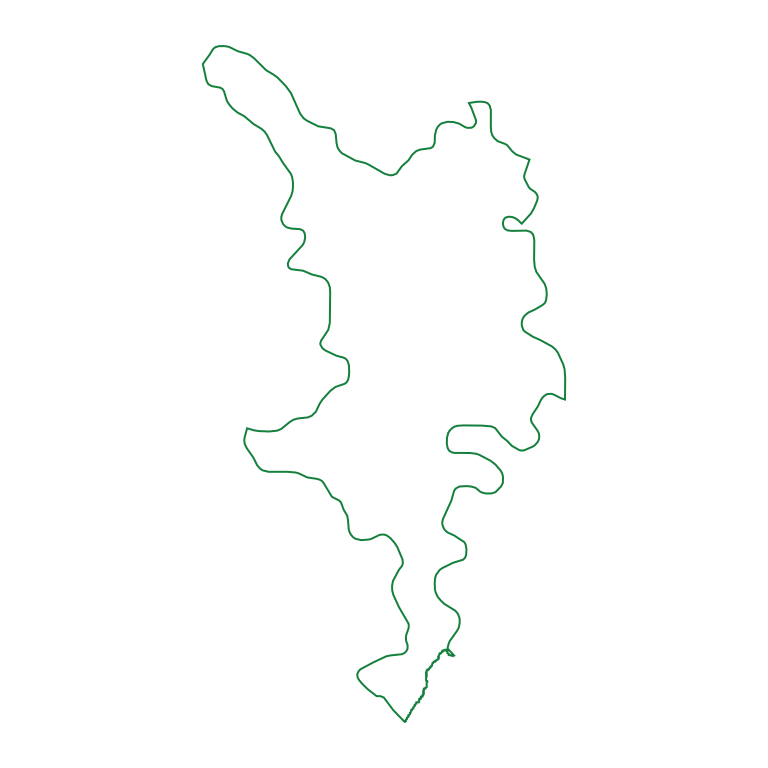 San Cristóbal, San Cristóbal, Dominican Republic (Robinson projection)
{"feature_id": "3306468B49798152350174", "entity_name": "San Cristóbal", "entity_type": "district", "adm_level": 2, "iso_a3": "DOM", "parent_name": "Dominican Republic", "parent_adm1": "San Cristóbal", "projection": "robinson", "projection_center": [-70.119, 18.417], "detail": "fine", "context": "isolated", "style": "outline", "palette": "green", "viewbox_px": 768, "rotation_deg": 0, "n_neighbors": 0, "source": "geoboundaries", "source_scale": "gbopen_adm2", "svg_char_len": 6105}
<svg xmlns="http://www.w3.org/2000/svg" viewBox="0 0 768 768"><path d="M544.6,283.8L536.4,272.0L534.7,266.8L534.1,259.3L534.3,240.6L533.9,237.2L532.8,234.1L530.6,231.9L526.3,230.6L511.9,230.9L507.5,230.4L505.0,228.9L503.9,227.5L503.3,226.0L502.9,222.9L503.7,219.7L504.8,218.3L506.2,217.3L509.1,216.7L512.2,217.0L515.2,218.2L518.0,220.1L521.7,223.7L530.9,213.6L533.9,208.4L537.1,200.8L537.7,198.3L537.5,195.7L536.3,193.5L534.6,191.7L530.5,189.0L528.8,187.2L524.6,179.1L524.1,176.5L524.6,174.0L529.5,159.6L516.3,154.6L512.4,151.5L507.2,145.2L504.8,143.8L497.7,141.2L494.0,137.9L492.2,135.0L491.2,131.6L490.8,126.2L490.9,110.2L489.7,105.6L487.6,103.2L484.8,102.1L481.7,101.7L476.8,101.8L468.9,103.0L471.2,107.4L476.1,120.4L475.9,123.1L473.8,126.4L471.6,127.7L467.5,127.9L465.0,127.1L459.3,123.7L453.7,122.1L447.7,121.8L441.9,123.2L439.6,124.8L437.7,127.0L436.3,129.5L434.9,135.3L434.7,142.8L433.0,146.6L430.8,148.1L420.1,149.6L416.2,151.1L412.1,154.8L408.5,160.3L401.8,166.3L396.5,173.6L392.9,175.1L390.1,175.3L384.7,173.8L367.7,164.1L365.1,163.0L355.2,160.5L341.7,153.1L338.9,149.9L337.5,147.3L336.5,142.8L335.7,134.0L334.1,130.2L330.7,128.3L318.2,126.3L307.0,120.7L303.5,118.2L300.1,113.6L290.9,93.0L285.9,86.2L277.7,77.7L273.8,74.8L266.1,70.2L254.2,58.4L250.3,55.4L247.6,54.0L237.8,51.2L229.1,46.9L224.8,46.1L219.0,46.1L215.1,47.3L213.1,49.1L209.4,55.0L202.8,64.0L206.5,80.8L208.4,84.3L211.7,86.1L220.4,87.7L222.6,89.1L224.0,91.3L226.9,100.9L229.5,104.9L232.7,108.6L237.6,112.6L244.1,116.1L253.8,124.2L261.3,128.7L264.5,131.5L267.0,135.0L275.1,151.6L279.0,156.3L282.5,162.2L290.9,173.9L292.1,176.9L292.9,181.8L293.0,186.7L292.5,191.6L291.1,196.0L282.1,214.1L281.3,217.0L281.4,220.1L283.2,224.2L285.1,226.2L287.4,227.6L291.6,228.6L299.7,229.1L302.1,230.0L303.2,230.8L304.7,233.3L305.2,237.7L304.2,242.2L302.6,245.1L289.4,259.5L287.8,263.6L288.2,266.4L288.9,267.7L291.1,269.2L303.1,270.7L312.0,274.5L321.7,276.9L325.4,279.1L328.1,282.5L329.8,287.1L330.2,292.3L329.8,323.0L328.3,329.8L321.0,340.8L320.3,343.6L320.5,344.9L322.5,348.3L325.6,350.6L336.6,355.8L343.2,357.5L345.5,358.6L347.5,360.8L348.9,365.2L349.2,371.8L348.8,376.8L348.1,379.8L346.6,382.4L344.4,383.9L335.5,386.9L330.4,390.8L322.4,399.6L319.7,403.7L315.8,411.8L311.8,415.7L307.9,417.4L297.7,418.5L293.5,419.7L289.6,422.1L281.2,429.0L276.9,430.7L268.9,431.5L259.1,431.1L254.3,430.4L247.1,428.3L244.5,437.9L244.3,441.0L244.8,444.1L246.9,448.4L253.3,457.5L257.3,465.5L260.2,468.7L262.5,470.3L268.5,471.8L287.7,471.8L295.5,472.5L298.5,473.3L307.3,477.4L317.1,478.9L319.7,479.7L322.0,481.0L323.7,483.1L331.9,496.8L339.3,500.6L341.0,502.4L343.6,509.6L347.2,515.7L348.0,519.9L348.7,529.1L349.6,532.2L351.0,534.8L352.9,537.0L355.3,538.7L361.0,540.1L368.5,539.6L371.3,538.9L379.7,534.8L383.9,534.5L386.7,535.4L390.4,538.1L394.7,543.0L397.3,547.1L402.4,559.1L402.9,563.1L402.2,565.6L398.8,570.0L393.0,580.9L392.1,585.6L392.2,590.4L393.4,595.0L399.0,607.2L408.7,623.9L408.7,627.9L406.2,635.1L405.9,637.9L406.1,640.7L407.6,645.2L407.5,648.9L406.3,651.2L404.5,653.0L402.1,654.2L390.6,655.4L386.3,656.3L373.5,662.3L360.4,669.3L358.7,671.2L357.5,673.5L357.2,674.9L357.8,677.8L359.2,680.2L362.0,683.6L367.6,689.1L376.6,696.1L380.3,696.1L383.8,697.5L393.3,710.2L404.7,721.9L405.3,721.6L405.3,720.9L405.9,720.9L405.9,719.6L407.0,719.0L407.0,717.6L408.2,717.0L408.2,715.6L408.8,715.6L408.8,715.0L409.9,714.3L409.9,713.0L410.5,713.0L411.1,710.3L411.7,710.3L411.7,709.6L412.2,709.6L412.8,708.3L413.4,708.3L413.4,707.0L414.6,706.3L414.6,705.0L415.1,705.0L415.1,704.3L416.3,703.7L416.3,702.3L418.6,702.3L418.6,701.7L419.2,701.7L419.2,699.0L420.3,699.0L420.3,698.3L420.9,698.3L420.9,697.0L421.5,697.0L421.5,696.4L422.6,696.4L422.6,695.0L423.2,695.0L423.2,693.7L423.8,693.7L423.8,692.4L423.2,692.4L423.2,691.0L423.8,691.0L423.8,689.0L424.4,689.0L424.4,688.4L425.5,688.4L425.5,687.7L426.7,687.0L426.7,681.7L427.3,681.7L427.3,681.1L426.1,680.4L426.1,676.4L426.7,676.4L426.7,675.7L426.1,675.7L426.1,674.4L426.7,674.4L426.7,673.1L426.1,673.1L426.1,672.4L426.7,672.4L426.7,670.4L427.3,670.4L427.3,669.8L428.4,669.8L428.4,669.1L429.0,669.1L429.6,667.8L430.2,667.8L430.2,667.1L430.7,667.1L431.3,665.8L431.9,665.8L432.5,663.1L433.1,663.1L433.6,661.8L434.8,661.8L434.8,661.1L435.9,661.1L436.5,659.8L437.7,659.8L438.2,658.5L438.8,658.5L438.8,657.1L438.2,657.1L438.2,656.5L438.8,656.5L439.4,653.8L440.0,653.8L440.0,653.2L441.2,653.2L441.7,651.8L442.3,651.8L442.3,651.2L442.9,651.2L442.9,650.5L444.6,650.5L444.6,649.8L445.8,649.8L445.8,650.5L446.9,650.5L446.9,651.2L447.5,651.2L447.5,653.2L448.7,653.8L448.7,655.1L451.6,655.1L451.6,655.8L452.1,655.8L452.1,655.1L453.3,655.8L453.3,655.1L453.7,655.1L447.5,648.4L448.6,643.9L449.8,641.0L457.2,630.6L458.7,627.8L459.7,623.1L459.6,618.4L458.0,614.0L455.3,610.7L444.3,603.9L440.8,600.6L437.7,596.8L435.6,592.3L434.9,589.1L434.7,582.6L435.2,577.7L436.2,574.7L439.6,570.0L441.9,568.3L453.0,562.8L463.1,559.7L465.1,557.7L466.1,555.0L466.5,549.1L465.7,544.8L464.4,542.2L454.4,535.6L448.1,532.7L445.9,531.1L444.1,529.0L442.4,524.9L442.3,521.8L443.0,518.9L451.4,500.5L454.1,490.9L455.6,488.6L459.4,486.5L466.9,486.1L471.5,486.6L475.6,487.8L480.1,491.6L482.4,492.7L486.3,493.5L491.8,493.4L495.5,492.1L501.1,486.4L502.9,482.8L503.0,476.8L502.3,473.7L500.8,470.8L495.5,464.6L490.5,460.7L479.2,454.8L476.4,453.8L470.1,453.0L454.5,452.9L451.7,452.3L449.2,450.7L447.7,448.2L446.8,443.9L447.0,437.6L448.2,433.0L449.8,430.5L451.8,428.4L454.2,426.8L457.3,425.8L463.7,425.4L482.0,425.6L491.4,426.4L495.3,428.2L501.7,436.5L507.6,441.3L511.8,445.8L519.3,450.1L521.7,450.6L524.2,450.3L532.5,446.7L534.9,445.2L537.7,442.0L538.9,439.4L539.3,436.3L538.8,433.2L537.4,430.5L531.6,422.3L530.9,419.5L531.0,418.1L532.7,414.1L537.8,406.5L541.0,399.8L542.6,397.5L544.6,395.6L546.9,394.2L551.1,393.8L553.7,394.5L560.9,398.2L565.0,399.5L565.2,378.2L564.6,369.5L563.4,364.8L557.9,352.7L555.3,349.3L552.1,346.5L539.8,339.8L533.2,336.9L525.4,332.0L523.4,330.2L521.9,326.1L521.7,323.1L522.2,320.1L523.4,317.3L525.2,315.1L528.4,312.5L534.8,309.6L542.7,304.9L544.7,303.2L546.0,300.6L546.8,294.6L546.2,288.3L544.6,283.8Z" fill="none" stroke="#15803d" stroke-width="2"/></svg>